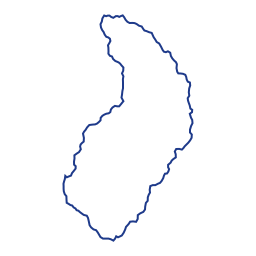 outline of Benedito Novo, Santa Catarina, Brazil
{"feature_id": "56859067B31440957886424", "entity_name": "Benedito Novo", "entity_type": "district", "adm_level": 2, "iso_a3": "BRA", "parent_name": "Brazil", "parent_adm1": "Santa Catarina", "projection": "equal_earth", "projection_center": [-49.441, -26.794], "detail": "fine", "context": "isolated", "style": "outline", "palette": "blue", "viewbox_px": 256, "rotation_deg": 0, "n_neighbors": 0, "source": "geoboundaries", "source_scale": "gbopen_adm2", "svg_char_len": 2834}
<svg xmlns="http://www.w3.org/2000/svg" viewBox="0 0 256 256"><path d="M136.1,221.8L137.7,219.0L137.8,215.1L140.3,213.3L143.3,211.9L145.0,209.5L145.2,206.6L145.9,202.9L147.7,200.8L147.8,197.3L148.8,194.6L150.0,192.6L149.7,189.8L150.3,186.1L152.8,185.1L155.4,185.1L158.0,183.7L160.0,182.9L161.6,181.0L163.2,178.2L164.0,175.5L165.0,173.7L167.0,173.5L168.3,171.6L169.1,169.1L168.1,167.3L168.1,164.8L170.6,162.7L171.7,160.6L173.3,159.1L175.8,157.4L175.7,154.2L174.8,151.5L176.2,149.0L179.2,148.9L181.9,149.6L183.4,148.1L184.7,146.3L186.5,144.5L188.3,142.7L190.1,140.4L191.6,137.8L191.8,134.5L190.0,132.5L190.0,129.6L191.1,126.0L192.5,123.2L192.2,119.9L191.0,117.7L189.8,113.8L192.0,112.2L192.2,109.8L190.4,108.6L189.7,105.4L188.7,102.7L188.0,100.5L187.7,98.2L189.3,95.7L188.8,92.3L189.2,88.4L190.2,85.5L189.9,82.5L187.8,81.7L186.7,79.5L186.2,76.9L185.3,74.8L183.0,73.8L180.7,73.5L178.3,73.4L177.2,71.7L176.5,68.1L176.9,64.2L176.0,62.2L174.0,60.4L172.3,58.4L170.9,56.0L170.2,52.7L167.9,51.3L165.9,52.2L163.9,51.7L162.6,49.9L161.1,46.8L159.2,43.5L156.7,42.0L155.1,39.3L153.7,37.3L152.8,35.3L151.7,32.9L149.1,32.2L146.5,31.1L144.4,30.5L143.2,28.9L141.7,26.5L139.0,25.7L136.6,24.0L134.6,23.1L132.5,22.9L129.6,23.0L127.4,21.8L125.6,19.8L124.2,17.3L122.7,15.4L120.8,16.1L119.2,16.9L117.7,16.1L115.9,16.1L113.3,17.8L111.1,16.9L109.5,15.6L107.8,15.6L106.1,16.2L104.2,15.5L102.4,18.4L101.8,21.6L100.5,24.2L101.0,27.5L102.2,30.1L103.6,32.0L104.7,34.6L106.3,36.8L108.2,37.4L109.9,38.7L110.4,41.0L109.3,43.1L108.0,45.3L108.4,47.7L108.5,51.3L108.4,53.7L109.9,55.8L112.0,56.5L113.1,59.0L115.3,61.0L117.0,61.7L118.6,62.4L120.1,63.6L121.5,65.4L123.4,67.5L123.2,70.8L122.0,73.4L123.4,76.3L122.9,79.2L123.0,82.3L123.0,85.8L123.0,88.3L122.4,91.1L122.0,94.8L121.5,97.6L123.4,101.2L119.2,106.3L117.1,106.3L114.9,105.9L112.5,107.5L110.9,109.5L110.3,112.1L108.7,113.3L106.4,113.7L104.3,114.6L102.4,115.8L100.7,117.8L100.5,120.4L98.8,122.1L97.0,123.6L95.1,124.4L92.4,124.6L89.3,125.0L87.1,127.4L85.5,130.0L84.1,131.6L83.0,133.6L83.9,137.9L83.7,141.6L82.0,143.0L80.6,144.5L80.1,146.5L80.8,149.3L79.0,152.1L76.7,153.6L74.4,155.3L74.5,158.5L74.0,161.7L74.1,164.7L75.7,166.2L75.6,168.6L73.9,170.8L72.0,173.1L71.0,175.6L68.9,176.4L66.8,177.3L65.3,175.9L64.8,179.2L64.1,181.3L63.5,183.7L63.6,186.3L63.6,188.9L63.8,191.3L64.7,194.1L66.4,196.2L66.5,199.6L66.7,202.8L68.5,203.8L70.5,205.1L72.2,205.5L73.6,207.4L75.5,208.5L76.6,210.2L78.4,210.7L79.9,212.1L81.5,213.3L83.7,214.9L86.8,215.7L88.0,217.9L88.7,220.9L89.6,225.2L91.1,227.4L93.5,229.4L96.1,230.2L97.8,232.5L98.8,234.2L100.5,237.1L103.0,238.6L104.7,238.6L106.6,238.6L108.5,238.6L110.7,239.2L113.4,240.6L115.1,238.6L116.2,236.3L118.0,237.3L120.0,236.4L121.8,235.5L123.7,232.7L125.2,229.4L126.0,226.9L127.4,225.4L128.8,223.8L130.1,221.7L133.0,221.4L136.1,221.8Z" fill="none" stroke="#1e3a8a" stroke-width="2"/></svg>